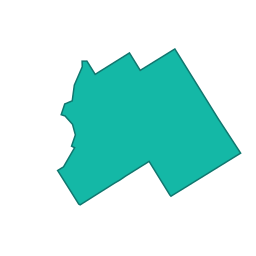 Carver, Minnesota, United States of America, rotated 148°
{"feature_id": "52423323B20020016400421", "entity_name": "Carver", "entity_type": "district", "adm_level": 2, "iso_a3": "USA", "parent_name": "United States of America", "parent_adm1": "Minnesota", "projection": "mercator", "projection_center": [-93.703, 44.807], "detail": "fine", "context": "isolated", "style": "filled", "palette": "teal", "viewbox_px": 256, "rotation_deg": 148, "n_neighbors": 0, "source": "geoboundaries", "source_scale": "gbopen_adm2", "svg_char_len": 550}
<svg xmlns="http://www.w3.org/2000/svg" viewBox="0 0 256 256"><g transform="rotate(148 128 128)"><path d="M46.4,170.2L87.1,170.4L87.0,190.9L127.4,190.9L127.4,206.5L131.5,209.0L134.4,204.1L150.8,192.8L160.9,180.6L168.9,181.9L177.6,174.7L174.9,171.4L174.7,169.7L173.1,160.5L176.3,150.0L185.5,142.5L183.7,139.6L203.3,129.2L210.2,129.3L210.1,103.7L210.1,100.2L210.1,89.6L209.3,88.2L190.1,88.3L168.5,88.4L162.2,88.2L155.6,88.5L127.8,88.5L128.0,49.0L127.7,47.4L45.8,47.0L46.6,88.0L46.4,170.2Z" fill="#14b8a6" stroke="#0f766e" stroke-width="1.5"/></g></svg>